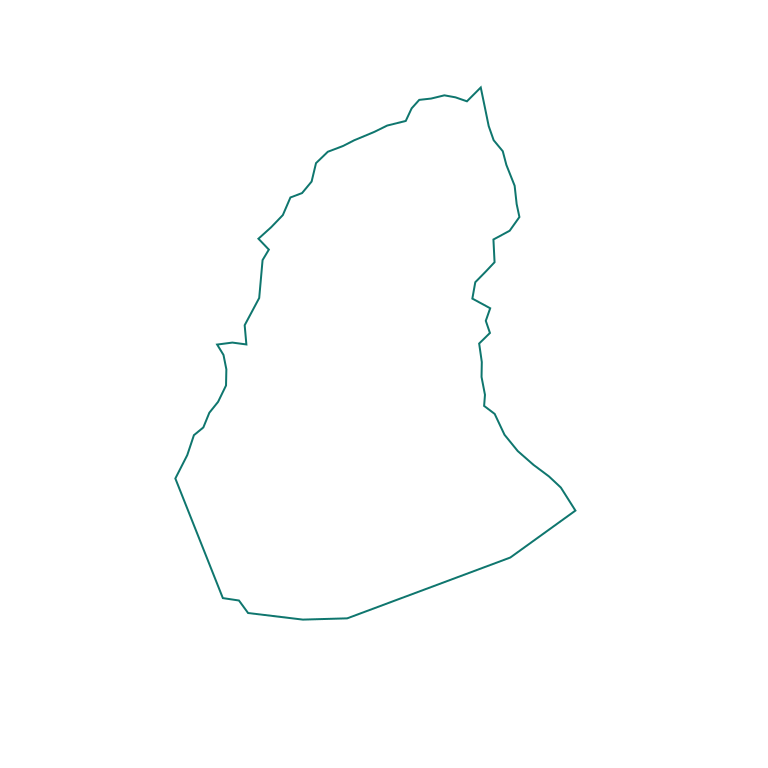 outline of Rafael Godeiro, Rio Grande do Norte, Brazil, rotated 52°
{"feature_id": "56859067B3347721544463", "entity_name": "Rafael Godeiro", "entity_type": "district", "adm_level": 2, "iso_a3": "BRA", "parent_name": "Brazil", "parent_adm1": "Rio Grande do Norte", "projection": "albers", "projection_center": [-37.744, -6.066], "detail": "fine", "context": "isolated", "style": "outline", "palette": "teal", "viewbox_px": 768, "rotation_deg": 52, "n_neighbors": 0, "source": "geoboundaries", "source_scale": "gbopen_adm2", "svg_char_len": 1029}
<svg xmlns="http://www.w3.org/2000/svg" viewBox="0 0 768 768"><g transform="rotate(52 384 384)"><path d="M546.0,557.3L598.5,391.3L601.6,311.1L574.5,308.4L558.4,310.9L539.7,316.0L519.2,319.9L498.2,320.3L475.7,315.2L462.9,318.6L454.7,311.1L438.5,302.8L426.9,293.4L410.7,284.1L409.0,269.1L396.9,264.9L389.7,253.7L371.1,261.8L360.0,249.4L358.0,234.3L356.1,221.9L337.5,208.8L340.6,190.6L335.8,174.5L323.9,168.7L308.2,159.0L286.7,152.7L273.7,147.1L259.4,147.5L245.2,142.7L228.5,134.4L209.9,125.2L212.3,144.6L202.1,151.2L193.7,158.7L188.1,171.1L181.8,181.3L183.8,192.5L190.1,204.9L182.3,222.4L179.4,236.3L173.6,257.4L171.2,269.8L166.4,285.3L168.1,301.6L179.9,316.4L183.1,331.0L179.4,342.9L188.6,359.7L191.0,376.5L192.2,393.5L207.2,392.0L211.6,403.4L239.4,429.4L251.9,457.6L268.1,468.1L258.0,478.0L250.2,491.2L262.3,492.6L275.4,499.2L287.9,509.4L295.9,525.7L299.1,539.3L307.0,553.1L307.3,565.3L318.9,582.8L330.0,606.6L453.5,642.8L465.3,631.6L480.8,632.1L519.7,593.0L546.0,557.3Z" fill="none" stroke="#0f766e" stroke-width="2"/></g></svg>